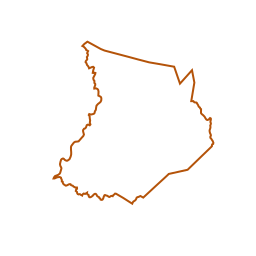 Crateús, Ceará, Brazil (Equal Earth projection), rotated 31°
{"feature_id": "56859067B68836278329537", "entity_name": "Crateús", "entity_type": "district", "adm_level": 2, "iso_a3": "BRA", "parent_name": "Brazil", "parent_adm1": "Ceará", "projection": "equal_earth", "projection_center": [-40.774, -5.21], "detail": "fine", "context": "isolated", "style": "outline", "palette": "amber", "viewbox_px": 256, "rotation_deg": 31, "n_neighbors": 0, "source": "geoboundaries", "source_scale": "gbopen_adm2", "svg_char_len": 3654}
<svg xmlns="http://www.w3.org/2000/svg" viewBox="0 0 256 256"><g transform="rotate(31 128 128)"><path d="M88.3,194.0L89.5,195.3L91.0,196.2L91.6,196.7L91.9,197.4L92.9,201.2L93.0,202.2L92.3,204.1L91.0,205.8L90.3,206.6L90.0,208.4L90.2,209.6L91.0,209.1L91.6,208.3L92.3,207.2L93.0,206.5L93.6,206.0L94.5,205.3L95.3,205.1L96.1,205.1L96.6,205.7L97.7,206.3L98.4,207.2L98.8,207.9L99.7,207.7L100.3,208.5L101.1,209.1L102.0,209.4L102.9,209.4L104.2,209.5L104.8,209.1L105.4,208.3L105.9,207.5L106.6,206.4L107.7,205.8L108.6,206.3L109.3,206.2L110.4,205.9L111.5,206.3L112.6,206.1L113.6,206.2L114.2,205.7L114.9,205.3L115.6,206.3L115.3,207.7L115.7,208.9L116.6,209.0L117.2,209.1L118.2,210.2L118.9,210.5L119.8,210.4L120.3,209.8L120.9,209.5L121.9,209.6L122.9,209.5L123.5,209.5L123.3,208.6L123.5,207.6L123.9,206.9L124.5,206.9L125.3,206.5L125.8,205.4L126.2,204.6L126.5,205.3L127.5,205.8L128.5,205.6L129.1,206.1L129.7,206.9L130.6,207.2L131.3,206.8L131.8,206.2L132.3,205.2L132.7,204.1L132.8,203.0L133.2,202.0L133.6,201.4L134.2,201.1L134.9,201.2L135.5,201.5L136.4,202.1L137.1,202.3L137.8,202.3L138.4,202.2L139.0,202.3L139.7,202.9L140.6,202.8L141.4,203.5L142.2,203.3L142.8,202.9L143.1,202.2L143.0,201.2L142.9,200.4L142.6,199.5L142.5,198.6L142.5,197.6L143.3,197.1L144.0,197.2L144.9,196.8L146.0,196.8L146.8,196.9L147.6,196.7L148.0,196.0L148.5,195.0L149.3,194.4L150.0,194.3L150.0,193.2L150.5,191.9L150.7,190.9L151.6,190.5L159.9,190.4L170.6,190.7L170.4,189.3L170.5,188.3L171.4,186.4L171.6,185.4L171.5,184.4L171.3,183.2L171.8,182.3L172.5,181.7L173.0,180.9L173.7,179.9L176.9,179.8L181.9,162.6L184.9,152.5L186.2,148.0L186.6,146.4L200.6,133.1L205.4,115.1L209.1,101.3L209.3,100.4L208.8,99.6L208.6,98.7L209.2,97.8L208.8,96.7L207.9,96.0L207.1,95.4L206.1,95.0L204.8,94.3L203.7,94.0L203.1,93.2L203.0,91.9L202.2,90.9L201.3,90.4L200.5,89.7L200.0,89.2L199.3,88.3L199.0,87.5L198.8,86.4L198.5,85.3L197.8,84.2L197.2,83.5L197.1,82.5L196.6,81.2L195.7,80.6L195.2,79.7L194.9,78.7L194.6,77.9L194.1,77.2L193.2,77.2L193.0,77.9L192.8,79.2L192.0,80.2L191.3,80.4L190.6,80.3L189.9,80.0L189.1,79.6L188.3,79.1L187.6,78.8L186.5,78.5L185.8,78.3L184.8,78.2L183.8,78.0L182.9,77.6L182.2,76.5L181.6,75.4L180.9,74.2L179.9,74.1L179.1,73.4L178.4,73.4L177.5,73.2L176.5,72.4L175.4,71.8L174.6,71.5L174.0,71.0L173.3,71.0L172.5,71.5L171.6,71.8L171.0,71.6L170.2,71.3L169.3,71.9L168.4,72.4L161.5,54.9L153.1,45.5L149.7,63.2L136.0,51.7L122.1,57.0L112.4,60.8L103.9,63.3L101.9,63.9L92.4,66.6L68.0,73.7L64.0,74.3L48.8,74.9L48.4,75.6L48.1,76.6L47.5,77.9L47.2,78.8L46.7,81.2L48.1,81.1L50.1,81.6L51.0,81.9L52.1,82.7L53.2,82.5L54.2,82.6L54.4,84.9L55.7,85.5L56.1,86.3L56.3,87.1L56.2,88.4L57.0,89.2L57.7,90.2L57.4,92.5L57.7,93.4L59.1,93.9L60.3,95.0L62.4,95.7L63.9,96.9L65.7,94.3L66.6,93.5L67.8,93.7L68.6,96.8L69.4,98.9L70.1,98.6L70.6,97.9L71.7,97.6L72.1,98.6L72.4,102.9L73.0,103.8L73.8,104.5L74.9,104.9L76.0,106.7L77.2,107.1L77.8,108.0L78.3,110.9L78.8,111.6L80.1,110.5L81.7,110.3L82.8,110.7L84.0,112.0L85.9,115.5L88.3,115.3L89.0,115.5L89.6,116.0L90.2,116.8L90.9,118.3L91.0,119.8L90.6,121.1L89.9,122.9L89.5,125.0L90.0,126.5L90.9,128.6L91.1,129.4L91.0,130.7L91.6,132.3L91.4,133.4L90.7,134.2L89.7,135.2L89.1,135.6L87.6,136.0L87.7,137.1L88.7,137.5L89.3,138.0L90.0,139.1L91.7,141.1L92.4,142.9L94.0,144.4L93.8,145.4L92.0,145.6L91.2,146.8L91.7,149.3L91.4,150.5L90.7,151.3L90.6,153.0L91.4,154.2L93.6,156.3L93.8,158.0L93.4,159.8L92.5,164.9L91.3,165.9L89.8,167.0L89.1,168.4L88.7,172.0L88.7,172.9L89.0,173.8L90.2,175.8L91.7,177.9L92.8,179.7L93.2,180.8L93.6,182.2L93.9,184.9L93.1,186.8L92.6,187.5L91.8,187.8L90.5,187.9L89.9,187.8L88.9,187.5L88.0,187.6L87.2,188.7L87.0,189.6L87.5,191.7L88.3,194.0Z" fill="none" stroke="#b45309" stroke-width="2"/></g></svg>